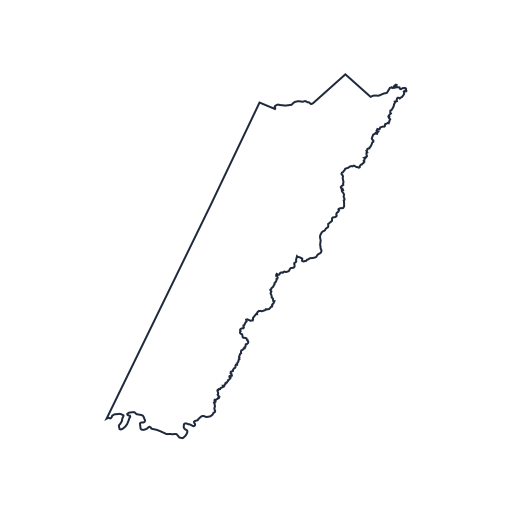 the district of Vila Rica, Mato Grosso, Brazil, rotated 292°
{"feature_id": "56859067B13975352293553", "entity_name": "Vila Rica", "entity_type": "district", "adm_level": 2, "iso_a3": "BRA", "parent_name": "Brazil", "parent_adm1": "Mato Grosso", "projection": "mercator", "projection_center": [-51.45, -10.016], "detail": "fine", "context": "isolated", "style": "outline", "palette": "slate", "viewbox_px": 512, "rotation_deg": 292, "n_neighbors": 0, "source": "geoboundaries", "source_scale": "gbopen_adm2", "svg_char_len": 6065}
<svg xmlns="http://www.w3.org/2000/svg" viewBox="0 0 512 512"><g transform="rotate(292 256 256)"><path d="M285.1,194.8L49.2,178.4L50.7,179.6L50.8,181.6L51.3,182.2L52.9,182.6L54.1,182.5L56.1,184.0L58.5,188.6L58.8,189.9L58.6,192.8L57.6,193.1L55.5,192.9L52.5,193.5L49.5,193.0L47.8,192.4L47.1,192.5L44.4,194.4L44.5,195.6L45.7,197.0L49.0,198.8L51.9,199.5L56.6,199.5L57.5,199.3L59.8,199.6L60.7,198.9L60.4,197.8L60.5,196.5L61.3,195.8L62.9,196.7L63.4,197.3L65.2,200.6L65.6,201.9L64.6,204.5L65.6,209.2L65.6,210.8L65.0,211.8L61.9,214.8L60.2,214.7L59.3,213.7L58.8,212.3L58.1,211.4L57.1,211.2L52.7,213.7L52.3,214.4L52.2,215.4L52.6,216.7L53.7,218.3L55.3,219.7L57.1,220.6L57.8,221.3L57.6,222.6L56.8,223.6L56.8,224.3L57.6,228.9L57.7,232.6L57.4,239.4L57.6,240.3L58.9,243.3L59.4,245.3L60.6,247.5L61.0,248.6L60.9,249.5L59.0,253.0L59.6,256.1L60.3,256.7L63.1,258.0L65.7,258.4L67.3,258.2L68.1,257.7L68.6,257.0L68.7,255.4L69.5,253.7L70.4,253.0L72.8,252.3L73.5,252.4L74.1,252.9L74.7,254.2L74.7,256.6L75.1,257.6L74.7,261.6L75.4,262.6L76.6,262.8L77.4,262.4L78.2,261.2L79.0,260.6L80.2,261.2L81.8,263.4L82.8,263.5L86.3,265.1L87.3,265.9L87.7,266.6L88.1,267.6L88.0,269.7L88.6,271.2L90.2,273.7L92.8,275.2L94.6,275.3L95.8,276.3L97.0,276.2L97.8,275.3L99.3,274.4L101.2,274.3L103.4,272.9L104.2,272.1L104.7,272.7L106.2,271.7L106.9,271.6L106.6,272.8L107.6,272.5L110.4,274.8L111.3,274.8L111.1,274.0L112.2,273.9L113.0,272.4L114.0,272.5L114.9,272.2L116.6,270.7L117.5,270.6L117.8,271.4L118.7,271.4L119.2,272.6L120.2,272.6L122.6,274.8L123.3,274.0L123.8,275.3L125.2,275.1L126.2,275.7L127.0,275.4L127.5,276.3L128.8,276.5L129.7,276.9L130.4,276.6L131.0,277.2L133.2,278.1L134.0,277.9L133.8,276.8L134.5,276.4L135.3,277.0L136.1,278.4L137.6,277.3L137.7,276.4L139.3,276.0L140.7,277.7L141.7,277.3L143.6,277.7L144.3,278.4L145.2,278.6L146.8,278.0L147.9,278.2L148.1,279.2L150.0,278.7L151.1,279.2L153.0,278.8L154.0,279.3L154.8,278.5L155.5,278.8L156.3,278.0L157.4,278.1L159.0,277.9L160.2,278.6L161.1,278.1L162.8,277.7L163.5,278.4L164.8,279.2L165.6,279.1L166.2,280.1L167.1,279.6L167.8,280.2L170.3,279.6L170.7,280.4L172.3,281.2L173.4,281.1L174.0,280.3L174.8,279.9L174.8,279.0L176.1,278.0L175.9,276.0L175.4,275.0L175.7,274.1L178.2,272.5L178.2,270.9L178.6,270.2L179.5,269.6L180.6,269.9L181.4,268.9L182.6,269.1L183.6,270.0L184.3,271.4L185.2,271.5L185.9,270.8L186.8,270.4L187.4,271.0L188.3,270.9L189.0,271.2L190.5,271.1L191.7,271.8L193.3,270.7L194.0,271.6L193.9,275.3L194.5,275.9L195.0,277.1L196.0,277.1L197.4,276.4L202.1,277.8L202.5,278.8L203.3,278.3L204.4,278.4L206.1,279.2L206.3,280.0L206.8,280.8L206.9,282.0L209.4,285.0L210.3,285.0L211.0,287.0L211.9,288.1L214.7,289.1L215.1,289.8L215.9,289.8L216.6,289.2L217.7,289.4L218.4,289.9L221.0,290.0L220.7,288.9L222.9,287.6L223.4,286.1L224.1,285.9L225.4,285.0L226.8,283.5L229.0,283.5L229.4,282.4L230.2,281.9L231.0,282.5L232.0,282.4L234.0,283.5L235.1,283.4L237.0,283.8L237.8,283.3L239.7,284.1L241.5,284.0L242.5,283.6L243.1,284.3L244.1,284.1L245.5,282.9L245.2,282.1L246.1,281.8L247.2,281.9L247.0,284.0L247.7,284.6L249.5,284.8L250.2,285.6L250.5,287.2L251.5,287.4L252.3,288.4L252.2,289.2L252.5,290.0L254.1,291.9L254.9,292.2L256.8,292.3L257.7,292.7L258.2,293.3L258.9,294.8L259.6,295.5L260.6,295.7L262.3,295.0L262.9,294.4L264.0,294.2L264.9,295.1L266.1,295.3L267.3,294.6L271.2,294.1L270.8,295.0L271.2,297.1L271.0,298.4L271.1,299.4L270.7,300.0L269.1,300.3L268.6,300.9L268.8,302.3L269.5,302.9L269.9,304.0L270.5,304.4L271.7,304.7L272.5,305.8L273.7,306.5L274.3,307.1L275.4,309.4L277.0,311.6L277.8,312.2L280.5,312.7L282.7,314.5L283.8,314.9L284.8,314.9L285.8,314.5L287.7,312.7L288.8,312.4L289.8,311.6L290.6,311.2L294.7,310.1L297.6,308.2L299.3,307.8L302.5,308.1L303.9,308.8L305.0,309.9L305.9,310.3L307.5,310.5L309.9,312.0L310.6,311.9L312.7,310.9L317.0,313.3L319.5,312.4L320.5,312.8L321.8,314.9L322.9,315.7L323.8,315.6L324.4,314.9L326.3,314.7L327.5,315.6L329.4,315.9L329.8,315.1L330.7,315.0L332.2,316.7L332.7,318.3L333.3,318.9L335.1,319.1L339.3,317.3L340.4,316.5L341.3,317.0L342.2,316.6L343.6,315.1L346.0,314.6L347.0,313.5L348.1,311.6L349.1,310.9L349.7,312.0L350.9,310.9L350.7,310.1L350.9,309.4L351.7,308.8L353.2,309.3L354.5,310.3L356.1,309.5L357.1,309.5L358.0,309.0L360.8,307.1L362.3,306.9L363.3,306.1L363.7,304.8L364.6,304.4L365.4,304.4L366.1,305.1L367.1,305.5L367.8,305.5L368.7,306.0L370.3,306.0L372.3,308.4L374.4,309.8L375.0,310.6L375.3,312.0L376.0,312.4L376.5,313.0L376.1,315.9L376.5,317.1L376.4,318.3L377.1,318.9L378.0,318.6L379.0,318.7L380.0,319.1L380.7,320.0L381.5,320.1L382.3,320.7L383.8,321.2L384.5,320.2L385.6,320.6L386.8,320.2L387.8,320.7L387.8,319.8L389.1,321.0L390.0,321.5L391.9,320.2L392.8,319.8L393.8,320.4L395.0,318.9L396.1,319.4L397.1,319.2L398.3,320.8L399.3,320.6L400.1,321.2L402.2,321.4L405.0,321.3L405.8,322.0L407.0,321.6L407.5,320.2L408.4,319.3L412.5,319.2L413.5,320.2L414.9,320.8L414.5,321.6L414.6,322.4L415.7,322.3L417.1,322.7L416.8,321.8L417.3,320.9L419.3,321.0L419.4,322.1L420.0,323.1L421.7,323.0L423.5,325.1L424.0,326.5L424.9,326.9L425.8,326.4L426.8,326.4L427.7,327.6L429.1,328.5L428.9,329.3L430.7,329.3L431.5,329.0L433.0,329.2L434.0,327.3L434.9,327.5L435.1,326.5L437.0,326.8L438.7,327.7L439.2,326.8L441.2,326.1L442.1,327.0L445.2,327.5L446.2,327.4L446.9,327.6L448.3,327.1L449.3,327.4L450.3,327.3L451.1,326.8L451.6,327.9L452.4,328.7L453.2,327.9L455.2,327.8L455.9,328.2L456.2,329.4L455.9,330.3L456.9,330.7L458.3,331.9L461.3,332.6L462.1,332.5L463.0,332.1L463.8,331.4L464.8,332.0L464.7,333.0L465.0,333.6L465.8,333.4L466.3,332.6L467.1,332.6L467.6,331.9L467.6,330.9L467.0,330.1L466.7,329.2L465.0,327.9L464.9,327.0L466.1,325.8L465.1,323.1L464.1,321.7L465.6,321.6L466.6,322.5L467.3,322.3L467.2,321.4L465.1,320.3L463.6,320.2L462.8,319.4L463.2,318.5L462.0,317.2L456.5,316.3L455.9,315.8L454.6,313.7L450.6,309.7L449.2,305.9L448.6,304.7L446.5,302.6L457.9,270.8L419.1,251.7L418.0,250.8L417.5,250.0L418.3,247.5L417.8,246.0L418.1,244.9L418.0,243.4L416.5,241.5L415.4,237.2L413.4,234.3L411.7,233.2L409.5,232.3L406.5,227.0L404.9,221.5L404.8,220.2L404.3,219.2L402.5,217.6L401.2,217.4L400.3,218.5L399.4,218.5L399.6,201.8L285.1,194.8Z" fill="none" stroke="#1e293b" stroke-width="2"/></g></svg>